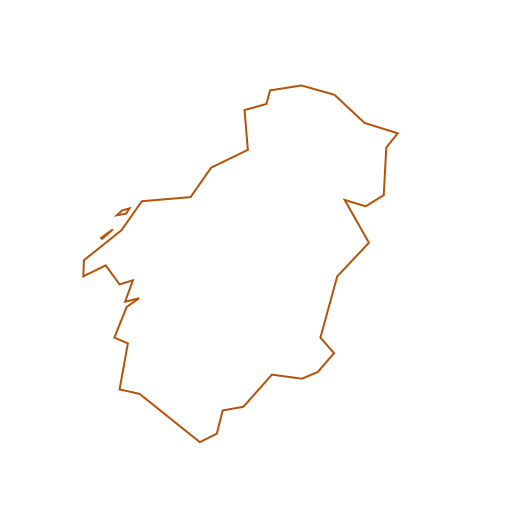 SVG path tracing the border of Monagas, rotated 244°
{"feature_id": "VEN-46", "entity_name": "Monagas", "entity_type": "State", "adm_level": 1, "iso_a3": "VEN", "parent_name": "Venezuela", "parent_adm1": "", "projection": "equal_earth", "projection_center": [-62.996, 9.35], "detail": "coarse", "context": "isolated", "style": "outline", "palette": "amber", "viewbox_px": 512, "rotation_deg": 244, "n_neighbors": 0, "source": "natural_earth", "source_scale": "10m", "svg_char_len": 750}
<svg xmlns="http://www.w3.org/2000/svg" viewBox="0 0 512 512"><g transform="rotate(244 256 256)"><path d="M244.7,92.9L266.9,117.4L269.3,132.4L272.3,118.3L288.1,134.7L290.3,120.9L313.5,116.8L313.4,91.9L327.6,99.4L338.2,146.5L355.3,177.4L337.6,223.0L355.1,254.5L355.0,295.2L392.2,309.7L388.1,332.0L398.7,341.3L389.4,371.5L366.5,397.2L328.0,411.9L304.2,437.1L296.3,420.6L254.7,397.5L252.6,376.3L267.5,360.3L218.4,363.3L202.1,320.1L154.4,278.1L134.5,283.5L124.7,260.8L125.6,243.4L142.4,218.3L126.0,178.6L131.8,158.4L113.5,142.9L113.3,123.9L183.1,90.9L195.9,74.9L233.6,102.5L244.7,92.9ZM353.6,148.8L355.6,155.4L354.3,163.2L351.0,157.9L353.6,148.8ZM340.2,124.7L342.7,139.1L338.9,125.2L340.2,124.7Z" fill="none" stroke="#b45309" stroke-width="2"/></g></svg>